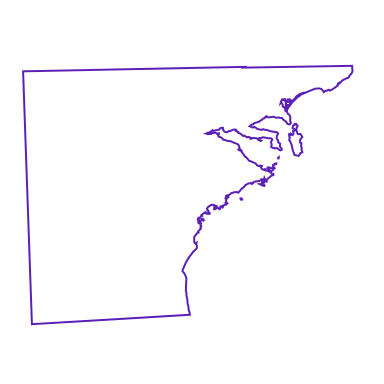 map outline of South Australia (Equal Earth projection), rotated 268°
{"feature_id": "AUS-2655", "entity_name": "South Australia", "entity_type": "State", "adm_level": 1, "iso_a3": "AUS", "parent_name": "Australia", "parent_adm1": "", "projection": "equal_earth", "projection_center": [136.572, -32.035], "detail": "fine", "context": "isolated", "style": "outline", "palette": "violet", "viewbox_px": 384, "rotation_deg": 268, "n_neighbors": 0, "source": "natural_earth", "source_scale": "10m", "svg_char_len": 6148}
<svg xmlns="http://www.w3.org/2000/svg" viewBox="0 0 384 384"><g transform="rotate(268 192 192)"><path d="M176.5,207.6L175.1,206.4L174.1,206.9L173.5,206.6L172.3,207.9L171.2,207.7L170.4,208.9L169.7,209.0L169.5,208.5L169.8,205.9L170.3,205.0L170.6,205.6L171.0,205.5L171.4,204.7L168.8,200.8L167.8,201.3L167.5,200.0L166.1,199.3L166.1,198.5L165.4,198.0L165.8,197.4L165.1,196.9L163.9,196.9L163.4,198.8L162.0,198.0L161.6,197.1L160.4,197.7L160.4,198.4L161.5,198.8L162.0,199.5L160.8,199.3L160.3,199.9L158.1,199.3L157.4,200.1L155.8,199.1L154.9,199.5L152.5,196.7L151.3,197.1L151.1,196.1L147.2,192.7L141.8,192.5L141.0,192.9L140.5,193.6L141.2,194.8L139.4,194.4L138.0,195.0L136.1,195.0L134.6,193.9L132.8,191.6L126.7,186.6L121.5,183.3L114.1,179.8L113.2,179.7L110.3,181.9L106.2,183.4L93.1,182.4L91.5,183.0L88.7,182.8L84.8,183.6L80.4,183.7L78.7,184.3L73.5,184.7L72.2,185.3L69.4,185.6L65.5,27.4L318.5,27.4L315.2,248.9L314.5,248.0L312.5,356.4L307.0,356.6L305.3,355.8L302.4,353.3L301.3,352.8L300.5,351.8L300.1,350.0L298.2,346.1L295.7,343.6L296.2,343.2L295.8,342.2L294.2,341.3L293.9,341.8L293.3,341.4L289.5,335.6L288.5,333.3L289.3,332.6L289.4,331.9L288.5,330.0L288.3,328.6L287.2,327.3L290.1,325.3L290.6,324.5L291.1,322.4L290.9,318.5L288.5,311.9L285.4,304.0L284.3,302.9L283.2,300.9L278.1,295.3L272.4,290.7L273.3,290.5L274.1,291.0L283.0,300.1L285.3,303.3L287.4,308.1L287.3,306.9L285.9,302.6L283.6,299.2L282.4,298.6L277.8,293.8L274.9,291.5L274.9,290.7L275.6,290.7L275.8,289.6L276.8,288.6L277.2,288.8L278.8,289.9L278.6,291.8L279.2,292.3L278.6,293.4L278.7,293.7L280.1,294.0L280.9,293.7L281.3,291.2L278.5,288.9L279.9,288.2L281.4,288.4L281.7,287.7L281.2,286.8L281.5,285.4L281.2,285.2L280.5,285.9L280.2,284.8L279.6,284.2L277.8,283.7L278.2,284.1L277.9,284.5L276.2,285.7L274.7,285.6L273.4,286.4L273.3,287.7L274.7,288.6L274.7,289.1L272.5,288.7L271.7,287.9L270.0,288.2L270.6,288.9L272.3,288.9L273.0,289.6L273.7,289.4L274.1,289.7L274.0,289.9L271.5,290.3L270.4,289.7L269.0,289.7L266.8,290.5L266.1,291.6L264.6,292.6L262.7,292.9L259.6,292.5L258.0,293.3L257.1,292.9L256.1,291.9L256.7,289.8L259.1,288.4L261.2,285.6L262.8,284.5L263.0,282.3L263.5,281.4L263.3,280.3L263.4,278.3L264.4,276.3L263.9,271.9L264.1,269.7L264.2,269.1L264.9,269.4L265.1,270.0L265.2,269.4L264.9,268.3L263.1,266.9L262.9,265.5L261.6,264.3L260.8,262.4L260.1,262.0L258.7,257.0L258.3,256.2L257.3,255.4L257.4,254.1L255.7,251.9L254.3,255.0L254.9,256.7L252.7,259.6L251.9,262.6L251.7,264.3L252.3,265.2L251.6,267.0L251.4,269.2L250.3,271.5L249.5,274.7L249.4,276.2L248.9,276.9L248.9,278.8L247.4,280.1L245.1,278.8L242.4,278.5L240.5,279.9L238.6,279.9L237.2,281.8L234.6,281.4L232.0,283.2L231.2,283.2L230.5,282.2L230.9,280.8L232.4,279.4L233.0,277.9L232.6,276.1L233.3,275.2L233.2,274.4L234.2,272.7L236.6,273.3L239.2,272.7L241.7,274.1L242.8,273.1L243.1,270.0L244.2,265.0L243.6,262.6L243.5,261.0L243.1,260.5L242.2,261.1L243.6,258.0L243.8,254.8L243.0,252.6L243.4,252.1L244.1,252.5L245.0,250.7L245.1,249.7L244.7,248.8L246.6,246.2L246.1,245.1L248.4,242.7L249.7,240.1L250.2,240.3L251.8,237.5L252.3,237.3L252.3,238.3L252.8,238.0L253.0,235.6L251.5,232.1L251.6,231.0L250.6,229.3L250.4,228.4L251.3,226.5L253.3,225.2L255.1,225.1L255.1,223.5L254.5,222.0L253.5,221.5L252.4,215.5L252.4,215.2L253.1,214.6L252.1,213.4L251.3,213.1L251.3,211.8L250.4,210.3L250.7,209.6L250.0,209.2L249.8,208.3L249.3,209.7L249.3,213.0L250.2,213.9L250.4,217.2L249.8,218.9L249.3,219.1L249.8,220.9L248.9,221.1L247.7,220.1L246.8,220.3L246.0,221.1L245.9,222.3L244.4,224.3L243.1,225.1L242.7,227.3L241.8,229.3L241.4,232.5L240.1,234.9L238.4,239.0L237.0,240.4L234.3,241.1L232.7,239.8L231.5,241.8L231.6,242.2L233.1,241.7L231.4,243.1L229.9,243.2L228.0,244.8L225.9,245.8L225.4,246.3L225.3,247.0L221.0,250.4L220.7,251.8L218.2,256.7L216.3,258.0L215.9,258.7L216.1,259.1L215.8,259.7L216.0,261.4L215.6,262.8L215.3,262.7L214.9,261.4L212.3,262.8L211.9,264.3L212.4,265.6L212.1,266.0L211.3,265.4L210.9,266.4L210.7,267.5L211.3,268.5L211.2,269.1L210.3,269.0L209.5,270.1L209.9,270.5L210.9,270.5L212.5,269.1L213.3,269.4L213.4,268.3L213.9,268.4L213.8,270.4L212.9,272.0L213.8,274.7L212.9,275.5L212.5,275.2L212.1,274.1L210.8,273.4L210.0,271.9L209.2,271.5L208.3,271.6L207.6,272.4L207.2,273.1L207.3,273.9L206.1,274.0L205.6,272.1L202.6,268.1L200.6,266.8L199.8,266.9L200.2,265.6L199.1,264.4L197.9,263.6L195.7,264.7L195.5,264.4L196.4,261.9L197.5,260.0L197.6,261.7L199.9,262.6L199.5,262.9L199.5,263.6L200.4,264.2L200.2,264.7L200.8,265.3L201.5,265.8L203.5,264.9L202.1,264.6L202.2,263.1L201.5,264.0L201.2,263.7L200.9,262.2L201.2,262.0L201.3,261.1L200.6,259.4L200.3,255.8L199.3,253.2L198.6,253.2L197.9,252.1L198.8,251.5L198.6,248.9L197.0,245.5L196.0,244.9L193.2,241.5L189.9,238.4L190.2,238.2L190.0,237.7L190.4,236.1L190.3,234.3L189.3,230.9L186.5,227.7L187.6,227.4L187.0,226.0L184.5,225.3L184.4,226.1L185.5,226.4L186.2,227.4L185.5,228.0L184.7,226.8L182.4,225.6L180.3,226.2L180.0,225.5L179.4,226.9L178.3,225.7L177.4,222.6L176.1,222.5L175.6,222.1L176.9,221.3L176.5,219.9L175.9,219.7L175.6,220.0L174.0,219.4L173.8,218.9L175.1,217.5L175.3,216.9L173.9,214.1L174.0,213.5L176.9,213.9L176.5,215.1L176.6,215.8L176.9,216.1L178.6,212.6L178.1,210.1L176.5,207.6ZM256.5,297.1L256.4,298.4L255.6,298.7L254.8,299.8L254.0,299.7L252.5,298.7L250.3,298.4L246.4,299.6L246.0,300.5L246.3,301.8L245.9,302.7L243.0,304.2L241.2,302.3L238.3,301.5L237.5,301.8L237.2,302.9L236.6,303.1L234.1,302.6L232.1,303.3L231.0,302.8L228.0,303.7L226.8,301.3L225.5,300.9L224.3,299.7L225.4,296.6L225.3,295.8L225.7,295.5L227.5,295.2L229.8,294.2L235.3,293.3L239.4,291.8L240.5,290.9L242.7,291.6L243.3,291.3L246.3,290.9L246.5,291.4L245.8,291.8L245.5,292.6L246.8,292.9L245.5,294.7L245.9,295.2L247.6,295.5L249.4,295.1L249.8,296.8L250.1,297.0L251.3,296.5L252.1,294.8L252.6,294.7L255.2,295.6L255.5,296.9L256.5,297.1ZM216.1,273.9L217.6,276.2L217.6,277.3L216.9,277.1L216.5,275.3L215.3,273.9L216.1,273.9ZM163.5,202.8L163.0,202.6L163.0,202.1L163.8,201.2L165.7,200.6L164.6,201.2L164.9,201.7L164.4,202.5L163.5,202.8ZM183.8,240.2L184.0,241.2L183.2,241.5L182.5,242.6L182.7,240.6L183.8,240.2ZM241.3,261.1L241.4,261.8L241.0,262.9L240.6,262.3L241.3,261.1ZM222.6,279.3L223.2,279.2L223.7,279.9L222.6,279.8L222.6,279.3Z" fill="none" stroke="#5b21b6" stroke-width="2"/></g></svg>